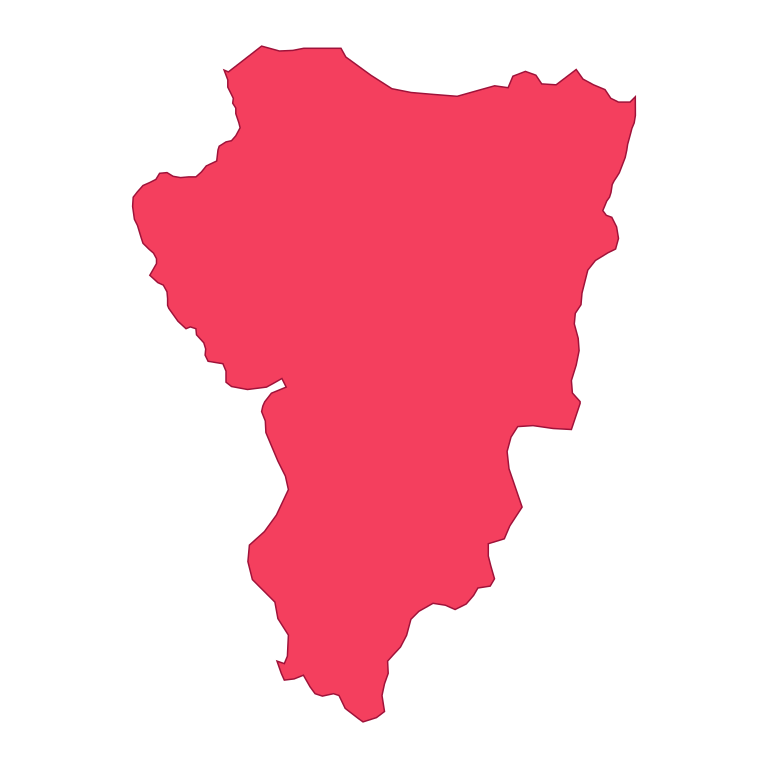 the district of Tanah Merah, Kelantan, Malaysia
{"feature_id": "92858781B67391800412495", "entity_name": "Tanah Merah", "entity_type": "district", "adm_level": 2, "iso_a3": "MYS", "parent_name": "Malaysia", "parent_adm1": "Kelantan", "projection": "mercator", "projection_center": [102.021, 5.718], "detail": "fine", "context": "isolated", "style": "filled", "palette": "rose", "viewbox_px": 768, "rotation_deg": 0, "n_neighbors": 0, "source": "geoboundaries", "source_scale": "gbopen_adm2", "svg_char_len": 2428}
<svg xmlns="http://www.w3.org/2000/svg" viewBox="0 0 768 768"><path d="M224.1,70.1L227.8,79.9L227.8,87.2L230.9,93.4L233.3,98.3L232.7,103.2L235.8,108.1L235.8,113.7L238.9,122.9L240.1,127.8L235.8,135.8L231.5,140.7L226.0,141.9L219.2,146.2L218.0,149.9L216.7,161.0L206.3,165.9L201.4,172.0L195.9,176.9L188.5,176.9L180.5,177.6L173.1,176.3L167.0,172.6L159.6,173.3L155.9,179.4L149.8,182.5L143.0,185.5L137.5,191.7L133.2,197.2L132.6,206.4L134.4,219.3L137.5,225.5L138.7,229.5L141.2,237.8L143.0,243.3L149.2,249.4L153.5,253.1L156.5,258.7L156.5,263.6L149.8,275.3L157.8,282.6L163.3,285.1L167.0,291.8L167.6,298.6L167.6,305.4L168.8,308.4L178.0,321.3L186.0,328.7L190.3,326.9L195.9,328.7L196.5,334.8L203.8,342.8L205.7,349.0L205.1,355.1L208.1,361.3L222.9,363.7L226.0,371.1L226.0,377.2L226.0,382.2L231.5,386.5L247.5,389.5L266.5,387.1L273.3,383.4L281.9,378.5L286.2,387.1L271.4,393.2L264.7,401.8L262.8,406.1L261.6,411.6L265.3,420.9L265.9,432.6L277.9,461.1L285.4,476.1L288.4,489.6L276.4,515.1L264.4,531.6L249.4,545.1L247.9,561.6L252.4,579.6L274.9,602.1L277.9,618.6L288.4,635.1L287.4,656.2L284.3,663.6L277.0,661.1L281.3,673.4L284.3,680.1L294.2,678.9L303.4,675.2L310.1,686.9L315.1,693.7L322.4,696.1L327.0,695.1L333.5,693.7L339.0,695.5L345.2,708.4L358.7,718.8L363.0,721.9L376.5,717.6L384.5,711.5L382.0,695.5L384.5,683.8L388.2,673.4L387.6,661.1L393.1,655.0L400.5,647.0L406.6,635.3L410.9,619.3L418.9,611.3L433.0,603.3L445.3,605.2L455.1,609.5L466.2,604.0L473.6,595.4L477.9,588.0L490.2,586.1L494.5,578.8L490.8,565.9L488.3,556.0L488.3,543.7L504.3,538.8L509.8,525.9L522.1,507.1L509.0,468.8L507.1,451.5L511.0,437.1L517.7,426.6L533.0,425.6L553.2,428.5L571.4,429.5L580.1,403.5L580.1,401.6L572.4,393.0L571.4,380.5L576.2,365.1L579.1,350.7L578.2,338.3L574.3,323.9L575.3,313.3L581.0,304.7L582.0,293.1L587.8,270.1L595.4,260.5L607.9,252.8L615.6,249.0L618.5,238.4L616.6,226.9L611.8,217.3L606.3,215.3L602.8,210.6L605.1,205.1L606.7,201.1L609.5,197.2L611.0,192.5L612.2,184.6L614.2,180.7L616.6,177.1L619.3,172.8L625.2,157.5L626.8,150.0L627.6,144.5L630.7,133.1L631.9,128.4L634.2,122.9L635.4,115.4L635.3,96.8L630.0,102.1L618.5,102.1L610.8,98.3L605.0,89.6L593.5,84.8L583.0,79.1L576.2,69.5L556.1,84.8L541.7,83.9L535.9,75.2L525.4,71.4L512.9,76.2L508.1,87.7L494.6,85.8L477.4,90.6L457.2,96.3L433.2,94.4L411.1,92.5L391.9,88.7L370.8,75.2L345.8,57.0L341.0,48.3L303.6,48.3L292.9,50.4L279.4,51.0L261.6,46.1L228.4,71.9L224.1,70.1Z" fill="#f43f5e" stroke="#9f1239" stroke-width="1.5"/></svg>